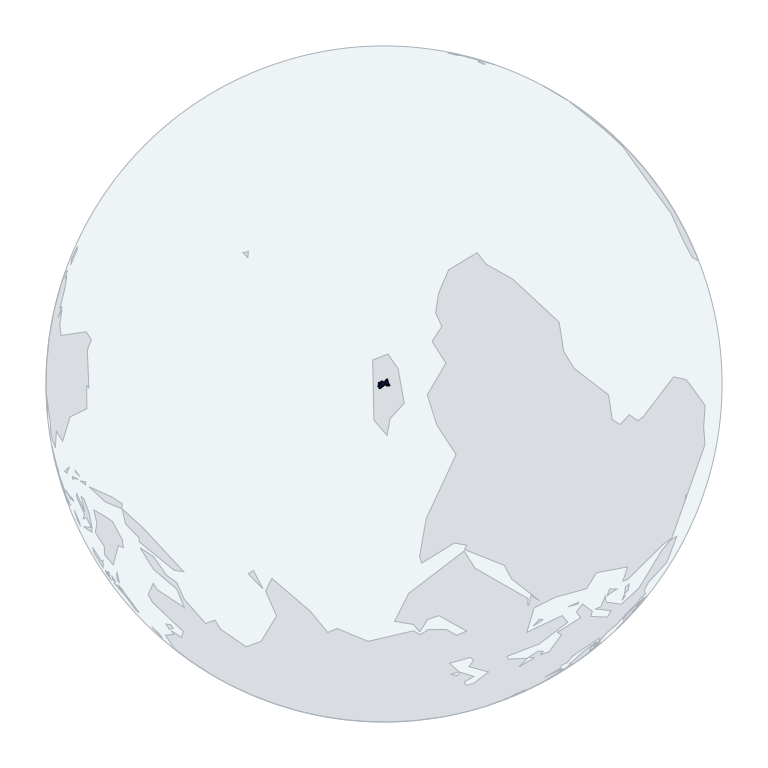 the Earth from above Amoron'i Mania, rotated 160°
{"feature_id": "MDG-5861", "entity_name": "Amoron'i Mania", "entity_type": "Autonomous Province", "adm_level": 1, "iso_a3": "MDG", "parent_name": "Madagascar", "parent_adm1": "", "projection": "orthographic", "projection_center": [46.639, -20.465], "detail": "fine", "context": "on_globe", "style": "filled", "palette": "ink", "viewbox_px": 768, "rotation_deg": 160, "n_neighbors": 0, "source": "natural_earth", "source_scale": "10m", "svg_char_len": 7445}
<svg xmlns="http://www.w3.org/2000/svg" viewBox="0 0 768 768"><g transform="rotate(160 384 384)"><circle cx="384" cy="384" r="338" fill="#eef3f6" stroke="#a8b0b8"/><path d="M46.3,397.1L47.1,392.9L51.0,397.5L53.7,416.8L55.9,446.1L70.8,497.7L78.3,525.2L88.9,545.9L109.8,580.5L112.8,585.5L98.4,564.6L85.7,542.7L74.6,519.9L65.3,496.4L57.8,472.2L52.1,447.5L48.3,422.4L46.3,397.1ZM114.4,587.8L121.2,596.0L130.4,607.2L132.7,609.9L114.4,587.8ZM171.3,646.6L175.8,650.1L191.4,661.6L196.6,664.9L198.4,666.3L203.2,669.4L207.3,671.9L207.5,672.2L171.3,646.6ZM209.2,673.2L208.5,672.6L198.6,666.2L202.6,667.6L210.7,673.2L209.7,673.5L209.2,673.2ZM185.3,655.3L179.2,649.8L180.5,650.2L184.9,654.2L185.3,655.3ZM361.8,46.8L371.4,46.5L364.3,47.2L352.8,47.8L359.1,48.5L360.6,47.7L366.2,47.8L373.3,46.7L377.6,46.8L377.1,46.2L383.2,46.2L383.3,46.5L399.0,46.4L412.8,47.3L414.2,47.4L431.0,49.4L440.6,50.8L443.4,51.4L444.3,51.5L468.0,56.7L491.2,63.5L513.8,72.0L535.8,82.1L557.0,93.7L577.3,106.8L596.6,121.4L614.9,137.3L631.9,154.4L632.2,154.7L639.5,162.9L641.0,164.6L646.2,170.8L648.3,173.7L662.1,192.1L671.7,207.4L675.3,222.8L667.1,220.5L668.3,225.0L660.9,215.1L657.3,220.1L676.1,257.8L677.7,266.7L668.9,275.7L667.6,268.5L648.1,242.2L648.9,262.3L663.9,288.3L669.2,313.5L659.6,300.6L653.7,278.4L646.7,268.5L645.4,250.1L633.5,220.0L623.6,219.9L621.4,209.5L603.5,184.2L587.5,184.2L564.3,202.7L566.1,229.9L555.9,239.7L530.9,195.5L521.9,169.8L511.6,170.2L487.0,147.6L440.8,142.0L435.5,136.0L426.5,138.1L409.4,132.0L401.7,123.0L390.8,123.5L411.7,147.6L423.6,147.7L435.1,138.9L438.6,148.0L455.2,157.4L432.5,178.7L365.8,199.6L361.5,179.8L322.0,133.1L324.4,127.9L324.3,127.4L323.9,126.5L318.1,135.0L312.0,127.1L330.8,157.4L333.0,172.4L364.9,200.9L361.4,204.2L372.3,210.5L409.8,202.8L409.5,209.8L390.5,242.9L340.4,293.0L348.4,327.7L347.0,359.0L318.7,382.4L324.2,407.6L310.0,418.2L311.1,433.2L301.5,450.8L284.2,469.2L251.6,475.5L247.1,461.7L227.1,438.4L198.3,382.1L204.0,353.1L200.0,333.6L176.7,296.9L181.7,272.6L176.0,265.1L164.1,271.2L157.9,262.6L150.9,264.9L109.3,291.7L98.4,284.6L89.6,253.9L98.4,234.2L103.1,217.3L166.3,140.7L176.1,138.0L221.9,117.0L226.9,117.0L217.7,128.8L249.0,134.0L263.6,122.4L295.7,125.0L319.5,122.3L334.7,101.8L295.8,105.4L292.8,97.3L327.0,86.6L361.6,86.0L361.5,83.0L342.8,77.2L354.0,72.0L336.7,75.2L341.3,77.7L330.7,80.3L325.8,78.3L329.9,76.2L320.4,75.9L303.1,87.5L306.0,91.3L279.1,97.1L281.2,104.2L272.7,109.3L266.0,99.3L269.1,94.8L253.8,88.5L248.1,93.4L262.1,100.2L256.3,100.6L248.7,108.9L249.9,103.0L236.1,95.8L214.0,105.2L180.1,132.5L168.4,139.3L161.1,140.6L179.1,119.7L203.4,107.2L210.1,101.1L210.1,97.4L217.4,94.4L220.4,91.8L230.0,87.7L248.4,78.1L258.9,74.5L270.8,67.7L277.8,65.3L268.8,69.7L268.1,71.5L294.8,65.2L301.3,63.1L306.9,59.6L313.6,59.0L315.5,56.5L333.2,53.5L313.3,55.6L319.3,53.2L332.5,50.5L330.9,50.5L309.5,55.1L304.1,56.9L305.3,57.5L287.6,64.6L277.4,67.6L282.4,62.9L268.5,67.3L278.5,63.1L295.3,57.9L328.2,50.7L361.8,46.8ZM140.6,172.4L137.9,177.4L137.9,177.5L140.6,172.4ZM396.0,97.4L418.1,99.2L411.9,88.0L420.0,88.2L414.9,84.7L411.4,87.3L399.6,78.5L410.5,76.5L409.8,72.7L402.3,72.0L384.2,77.6L400.9,89.4L394.2,93.6L396.0,97.4ZM227.3,84.7L228.9,84.2L222.9,87.7L209.6,94.9L218.2,89.6L227.3,84.7ZM232.7,82.9L241.4,77.7L250.0,73.9L243.7,76.7L248.5,74.7L239.7,78.9L239.4,81.4L234.1,84.9L212.4,94.7L222.5,89.2L220.2,89.7L232.7,82.9ZM235.1,111.5L239.4,110.8L246.8,108.6L242.1,114.3L235.1,111.5ZM225.2,106.6L229.5,104.8L226.5,110.8L222.0,112.1L225.2,106.6ZM234.4,99.3L230.0,104.3L229.7,102.3L234.4,99.3ZM273.0,68.3L277.9,66.7L277.4,67.4L273.5,69.2L273.0,68.3ZM326.6,105.5L318.3,109.8L315.3,108.3L318.8,107.1L326.6,105.5ZM277.1,110.9L287.2,111.7L275.7,112.4L277.1,110.9ZM468.7,549.3L471.6,555.5L466.1,555.0L468.7,549.3ZM405.8,353.4L386.4,410.4L370.1,410.8L365.5,393.6L371.6,359.0L390.1,349.5L398.7,334.6L405.8,353.4ZM701.5,401.2L704.1,407.0L703.8,408.4L701.5,401.2ZM699.0,391.4L702.5,396.8L697.8,394.0L699.0,391.4ZM703.8,398.9L707.4,401.1L709.0,400.8L708.3,403.6L703.8,398.9ZM696.3,388.3L678.6,371.2L670.8,360.9L673.4,356.7L686.1,368.4L696.3,388.3ZM672.7,356.1L659.7,331.4L636.5,276.1L644.9,280.8L668.0,319.4L666.7,323.2L674.7,341.0L672.7,356.1ZM701.3,351.7L699.8,364.9L690.8,354.2L686.2,347.7L683.2,326.8L685.0,319.4L688.9,323.0L700.2,306.6L704.9,318.9L702.4,327.1L706.0,343.2L701.3,351.7ZM567.8,232.9L576.6,252.1L570.5,253.3L567.8,232.9ZM701.8,292.2L699.2,299.0L700.6,287.5L701.8,292.2ZM700.8,279.8L702.5,286.4L699.4,278.0L700.8,279.8ZM671.0,233.0L667.0,230.9L665.4,226.7L669.6,226.9L671.0,233.0ZM678.9,220.8L684.3,232.3L685.4,235.6L681.0,226.7L678.9,220.8ZM625.6,616.1L637.6,603.1L634.2,609.2L625.5,617.6L625.6,616.1ZM654.4,586.7L645.1,598.1L642.7,598.8L647.8,592.1L645.4,593.6L649.6,585.5L662.8,565.5L659.9,567.1L667.7,558.0L661.2,564.0L668.4,550.5L670.9,540.1L646.1,535.0L643.8,525.9L651.2,517.2L662.7,481.4L664.1,483.9L671.6,462.5L690.2,460.4L705.6,440.1L708.0,451.8L714.6,436.5L714.7,448.8L710.3,463.7L705.3,487.3L711.6,466.7L704.1,492.4L694.5,517.4L683.0,541.5L669.6,564.7L654.4,586.7ZM707.8,413.8L712.5,408.7L713.9,411.3L707.8,413.8ZM717.3,439.5L718.2,432.3L719.0,428.5L720.3,416.4L720.4,399.2L720.4,390.0L721.2,390.2L719.9,376.6L721.5,382.8L721.3,400.2L721.7,395.4L717.3,439.5ZM719.7,412.7L719.7,414.3L719.2,417.0L719.7,412.7ZM716.7,381.5L716.3,384.9L715.6,379.7L716.7,381.5ZM717.8,382.3L719.4,393.4L717.4,384.8L717.8,382.3ZM708.1,349.2L709.2,359.8L712.8,360.2L710.0,363.7L711.5,382.4L710.3,386.6L709.0,366.6L707.0,381.7L705.3,378.8L705.2,363.3L707.5,349.0L709.1,344.7L715.2,352.8L708.1,349.2ZM718.1,371.4L717.5,359.4L717.8,354.1L718.6,361.4L718.1,371.4ZM713.9,330.3L710.1,314.5L708.3,314.6L710.7,307.7L714.1,323.8L713.9,330.3ZM708.4,302.0L706.8,301.9L707.5,297.1L708.4,302.0ZM705.5,297.3L703.8,289.3L705.9,293.4L705.5,297.3ZM709.6,304.4L707.3,292.5L709.7,301.5L709.6,304.4ZM698.9,271.6L706.0,290.2L699.4,276.5L692.2,252.8L694.4,255.8L698.9,271.6Z" fill="#d9dde1" stroke="#a8b0b8" stroke-width="1"/><path d="M379.3,380.6L379.5,380.8L379.7,380.7L379.8,380.7L380.0,380.8L380.6,380.9L380.7,381.0L380.8,381.0L381.0,381.1L381.0,381.3L381.2,381.5L381.3,381.5L381.4,381.8L381.4,381.7L381.5,381.6L381.7,381.4L381.8,381.3L382.0,381.5L382.1,381.8L382.1,382.0L382.0,382.3L382.1,382.5L382.4,382.6L382.5,382.7L382.8,382.6L383.0,382.6L383.3,382.7L383.4,382.8L383.5,382.9L383.8,382.7L384.3,382.8L384.5,382.9L384.8,382.9L385.0,382.9L385.3,382.8L385.4,382.7L385.5,382.6L385.7,382.4L385.8,382.3L385.8,382.2L386.0,382.2L386.0,382.3L386.4,382.2L386.6,382.2L386.8,382.2L387.0,382.1L387.1,381.9L387.1,381.7L387.3,381.6L387.5,381.6L387.8,381.5L388.0,381.5L388.4,381.7L388.5,381.7L388.8,381.6L389.2,381.5L389.3,381.5L389.5,381.5L389.5,381.4L389.7,381.5L389.9,381.6L390.0,381.7L390.0,382.0L389.9,382.2L389.9,382.3L389.8,382.7L389.8,382.9L389.8,383.4L389.8,383.5L390.0,383.7L390.1,383.8L390.3,383.9L389.8,384.4L389.4,384.6L389.3,385.4L389.2,385.8L388.8,385.8L388.5,386.1L388.5,387.1L387.8,387.0L387.6,386.6L387.2,386.5L386.3,386.8L385.9,387.4L385.2,387.4L384.4,386.9L383.9,386.1L383.7,385.7L383.2,385.8L382.8,385.7L382.3,385.9L381.9,386.3L381.4,386.8L380.7,387.0L380.0,387.4L379.3,387.4L379.3,386.7L379.3,386.4L379.3,386.2L379.3,385.9L379.4,385.7L379.5,385.6L379.6,385.4L379.6,385.2L379.5,384.5L379.5,384.4L379.5,384.2L379.6,383.9L379.6,383.7L379.6,383.4L379.5,382.9L379.4,382.5L379.4,382.4L379.3,382.2L379.3,381.9L379.3,381.7L379.4,381.4L379.4,381.2L379.2,381.1L379.2,380.9L379.2,380.6L379.3,380.6Z" fill="#0f172a" stroke="#020617" stroke-width="1.5"/></g></svg>